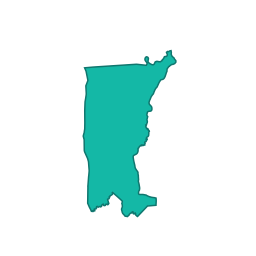 Beruri, Amazonas, Brazil, rotated 132°
{"feature_id": "56859067B395012046701", "entity_name": "Beruri", "entity_type": "district", "adm_level": 2, "iso_a3": "BRA", "parent_name": "Brazil", "parent_adm1": "Amazonas", "projection": "mercator", "projection_center": [-61.816, -4.541], "detail": "fine", "context": "isolated", "style": "filled", "palette": "teal", "viewbox_px": 256, "rotation_deg": 132, "n_neighbors": 0, "source": "geoboundaries", "source_scale": "gbopen_adm2", "svg_char_len": 5761}
<svg xmlns="http://www.w3.org/2000/svg" viewBox="0 0 256 256"><g transform="rotate(132 128 128)"><path d="M161.3,60.4L161.8,61.0L162.0,61.6L162.7,62.6L163.7,64.1L164.8,66.3L165.5,68.3L165.7,69.6L167.4,72.4L168.2,73.3L168.6,73.7L169.5,74.7L169.7,75.1L169.9,75.4L169.9,75.7L169.7,76.1L169.5,76.5L169.1,76.8L168.2,77.5L167.5,77.8L166.4,78.0L165.1,78.9L164.5,79.5L162.5,82.0L161.6,83.3L160.9,84.4L160.4,84.9L159.4,85.5L157.0,88.0L156.6,88.3L155.3,90.0L154.3,90.9L154.0,91.6L153.6,93.5L153.1,95.3L152.6,96.3L151.1,98.1L149.2,100.9L148.4,102.0L146.2,104.7L145.6,105.1L145.3,105.3L144.6,105.4L144.2,105.3L141.9,104.4L141.3,104.3L140.6,104.3L139.9,104.4L139.1,104.8L138.4,105.1L136.4,106.9L135.7,106.7L135.1,106.9L134.8,107.0L134.4,107.0L133.2,107.0L132.9,106.9L132.8,106.7L132.5,106.7L132.1,106.8L131.8,106.7L131.9,106.3L131.9,105.9L131.6,106.0L131.4,106.2L131.1,106.0L130.9,105.7L130.7,104.9L130.4,104.8L130.0,104.9L129.8,104.9L129.6,104.7L129.6,104.4L129.5,104.2L129.2,104.4L129.1,104.7L128.3,104.8L128.1,104.9L127.5,106.0L127.2,106.0L126.9,106.0L126.3,105.6L126.0,105.6L125.4,105.7L124.7,106.1L124.6,106.7L124.4,106.8L124.2,106.6L124.1,106.3L123.9,106.0L123.6,106.1L123.3,106.5L123.3,106.8L123.6,107.0L123.6,107.3L123.2,107.6L122.5,107.7L121.7,107.7L121.2,107.5L120.4,107.5L119.7,107.7L118.0,109.0L117.7,109.4L117.5,109.6L117.0,109.8L116.7,109.8L116.2,109.9L115.9,110.5L116.0,110.7L115.9,111.0L116.0,111.3L115.8,111.4L115.7,111.6L115.8,111.8L115.8,112.2L115.5,112.1L115.3,112.5L115.3,112.8L115.8,113.5L115.5,113.6L115.5,113.8L115.6,114.1L115.7,114.3L115.6,114.6L115.5,115.0L115.0,115.4L115.0,115.7L114.9,116.0L114.5,116.1L113.9,116.8L113.7,116.6L113.5,116.3L113.3,116.4L112.3,116.9L111.0,117.4L110.3,117.9L110.0,118.2L109.5,119.0L109.0,119.6L106.3,121.0L106.1,122.0L105.8,122.6L105.5,122.8L105.3,123.0L105.0,123.3L104.4,123.5L103.6,124.0L102.9,124.2L102.2,124.0L101.5,123.6L100.6,122.7L100.0,122.3L99.2,122.3L98.6,122.4L97.8,123.0L97.4,123.4L97.0,123.8L96.5,124.6L96.3,125.3L96.1,127.4L96.0,128.1L95.6,128.8L95.1,129.3L94.6,129.7L93.4,130.2L92.8,130.5L91.3,130.9L90.7,131.2L89.2,131.7L87.0,132.0L86.3,132.0L85.7,132.0L84.9,132.3L84.0,132.7L82.2,133.3L81.4,133.6L80.1,133.8L79.4,133.9L78.6,133.8L77.9,133.9L73.2,135.4L71.8,135.6L70.8,135.8L70.0,135.7L68.6,134.7L68.0,134.5L67.3,134.4L66.4,134.5L64.9,134.9L62.8,135.8L61.3,136.5L60.7,136.7L59.8,137.0L59.3,137.4L58.9,137.8L57.8,138.5L55.0,138.8L54.5,138.5L54.1,138.6L51.5,138.0L50.7,137.2L48.9,136.4L47.0,136.5L45.9,137.6L45.7,139.5L45.4,140.1L45.2,140.4L45.2,141.2L45.2,143.3L44.5,144.8L44.2,145.3L42.9,146.3L41.7,147.8L42.4,148.3L42.9,148.6L44.1,148.9L44.4,149.2L44.5,149.7L44.8,149.8L45.3,149.9L45.9,150.1L46.1,150.0L46.4,149.5L46.4,149.3L46.5,148.9L46.7,148.7L46.8,148.5L46.9,148.2L47.1,147.9L47.4,147.7L47.8,147.4L48.4,147.3L49.2,147.4L49.5,147.6L49.6,147.9L50.1,148.3L50.6,148.6L50.9,148.6L51.2,148.5L51.4,148.3L51.7,148.3L51.9,148.2L52.2,148.2L52.5,148.2L53.1,148.0L54.8,148.1L55.3,147.8L55.8,148.0L57.1,148.3L57.4,148.5L57.6,148.9L58.3,149.7L58.4,149.9L58.4,150.1L58.5,150.4L59.2,151.1L59.3,151.3L59.6,151.3L59.8,151.6L60.3,151.7L60.4,151.9L60.7,152.0L61.0,151.9L63.1,151.3L63.8,151.4L64.4,151.9L64.8,152.4L65.4,154.3L65.6,155.7L65.6,156.4L65.5,157.1L65.1,157.7L64.6,158.1L63.4,158.8L62.8,159.2L62.4,159.8L62.2,160.5L62.3,161.1L62.6,161.8L63.2,162.1L63.8,162.2L64.6,162.0L65.2,161.7L65.7,161.3L66.2,160.6L66.4,160.0L66.9,157.6L67.2,157.1L67.8,156.7L68.4,156.5L69.2,156.4L74.9,164.3L106.2,194.8L112.3,200.5L113.9,197.1L119.2,190.0L119.5,189.6L124.9,187.5L130.2,182.2L131.3,181.3L134.3,179.3L137.3,177.4L143.9,171.9L153.3,163.3L157.7,159.5L159.6,158.3L160.5,157.6L163.4,156.2L164.1,155.7L166.0,152.8L173.9,145.5L174.7,144.4L177.7,137.6L179.5,134.8L185.8,128.2L189.5,125.4L190.4,124.8L198.3,118.7L199.0,118.0L210.9,107.6L212.7,103.7L213.5,101.5L214.3,99.7L214.0,99.6L213.8,99.4L214.0,99.2L213.7,99.0L213.5,98.7L213.8,98.6L213.6,98.3L213.4,98.1L212.9,98.4L212.7,98.5L212.4,98.3L212.6,98.1L212.6,97.9L211.8,97.3L211.5,97.5L211.5,98.2L210.9,98.8L210.6,98.7L210.4,98.5L210.2,98.2L209.6,97.7L209.2,97.7L208.6,98.1L208.4,98.0L208.2,98.3L207.9,98.4L207.7,98.6L207.4,98.7L207.1,98.5L206.9,98.4L207.0,98.2L207.0,97.9L206.8,97.3L206.7,97.1L206.4,97.0L205.9,96.9L205.6,96.9L205.5,96.7L205.1,95.8L204.9,95.5L204.7,95.4L203.8,95.3L203.4,95.9L203.0,95.8L202.5,95.7L202.2,95.8L201.8,95.8L201.5,95.5L201.2,95.4L201.3,95.1L201.5,95.0L201.7,94.8L201.8,94.3L201.6,93.7L201.3,93.5L201.0,93.2L200.7,93.1L200.0,93.3L199.6,93.2L199.5,93.4L199.3,93.3L199.2,93.1L199.1,92.8L198.9,92.5L198.6,92.5L198.5,92.0L198.2,92.0L198.3,91.7L198.1,91.7L197.8,91.6L196.9,91.8L196.8,92.2L196.5,92.4L196.4,92.7L196.4,93.1L195.9,93.4L195.6,93.9L195.2,94.8L194.9,95.0L194.8,95.3L194.6,95.5L194.3,95.4L193.7,95.0L193.3,94.8L192.9,94.9L192.7,95.2L192.5,95.3L192.2,95.3L191.7,95.4L191.6,95.9L191.4,95.9L190.6,95.9L190.4,95.7L190.0,95.8L189.3,95.5L189.0,95.5L188.5,95.3L188.2,95.3L187.9,95.2L187.1,95.4L186.9,95.6L186.4,96.1L186.5,96.3L186.2,96.3L186.1,90.8L186.1,85.2L186.2,83.3L186.6,82.9L187.1,82.6L187.7,82.3L188.3,82.0L188.6,81.5L188.9,80.9L189.3,80.5L190.3,79.5L190.9,79.2L191.5,79.0L192.1,78.8L192.6,78.5L193.1,78.0L193.8,76.8L194.2,76.4L194.8,75.3L195.0,74.7L195.1,74.0L195.2,73.4L195.2,72.7L195.3,71.9L195.5,71.2L194.1,69.1L193.5,69.1L192.9,69.1L192.2,68.9L191.6,69.2L190.5,69.2L190.1,69.2L189.8,69.1L189.3,69.0L189.0,68.8L188.8,68.5L188.5,68.5L188.2,68.7L187.7,68.7L187.4,68.7L187.0,68.3L187.1,68.0L187.6,67.8L187.4,67.5L187.5,67.1L187.8,67.1L188.1,66.9L188.1,66.7L187.9,66.5L187.9,66.1L187.7,65.9L187.4,65.8L186.4,65.8L186.4,65.5L186.5,65.1L187.1,64.6L187.4,64.2L187.5,63.8L187.5,63.3L187.5,62.7L187.5,61.8L187.2,61.7L172.9,61.3L166.7,55.5L163.5,58.1L162.3,59.2L161.4,60.2L161.3,60.4Z" fill="#14b8a6" stroke="#0f766e" stroke-width="1.5"/></g></svg>